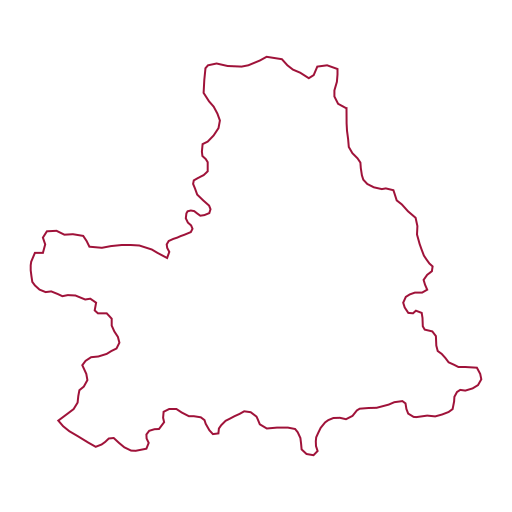 Zel'va, Grodno, Belarus, rotated 180°
{"feature_id": "67162791B91505134452571", "entity_name": "Zel'va", "entity_type": "district", "adm_level": 2, "iso_a3": "BLR", "parent_name": "Belarus", "parent_adm1": "Grodno", "projection": "mercator", "projection_center": [24.857, 53.119], "detail": "fine", "context": "isolated", "style": "outline", "palette": "rose", "viewbox_px": 512, "rotation_deg": 180, "n_neighbors": 0, "source": "geoboundaries", "source_scale": "gbopen_adm2", "svg_char_len": 3450}
<svg xmlns="http://www.w3.org/2000/svg" viewBox="0 0 512 512"><g transform="rotate(180 256 256)"><path d="M416.3,65.2L410.4,67.5L406.9,70.0L403.2,73.5L398.3,74.0L393.0,69.1L387.7,64.7L380.9,61.4L376.3,61.2L365.6,63.3L363.3,69.1L365.4,73.5L365.6,77.5L362.8,81.2L357.5,82.8L353.0,83.0L347.9,89.8L348.9,94.2L348.4,100.2L342.8,103.0L335.6,103.0L330.3,99.5L323.1,95.8L318.2,95.8L311.2,94.7L307.5,91.9L306.3,88.2L302.6,81.7L299.1,77.9L293.6,78.6L293.1,83.5L290.8,86.8L286.4,91.2L282.2,93.3L277.5,95.8L272.4,98.1L267.8,100.7L261.3,99.8L255.5,95.4L254.3,92.8L252.2,87.7L245.2,83.5L235.0,84.4L224.1,84.4L216.9,83.0L214.3,79.8L211.6,74.0L210.9,68.2L210.4,62.6L205.5,58.0L198.5,56.8L194.4,61.0L196.0,65.9L196.2,70.7L195.8,74.7L193.7,79.3L191.3,84.2L186.9,89.6L183.7,91.9L178.6,94.0L172.1,94.2L166.0,92.8L159.5,96.1L155.1,101.6L152.3,103.3L143.5,104.0L135.4,104.2L129.3,105.8L123.3,107.4L117.7,109.8L109.6,110.9L106.5,108.6L105.6,103.0L103.8,98.4L98.4,95.1L95.8,94.9L95.6,94.9L84.8,96.4L76.8,95.6L69.9,97.5L63.4,100.0L59.4,102.9L57.9,110.5L57.6,115.2L55.0,120.0L51.8,122.1L46.7,121.4L39.4,123.6L34.0,126.9L30.7,132.7L31.8,138.1L35.1,144.3L46.7,145.0L53.6,145.0L57.9,147.2L63.4,149.7L66.7,154.1L70.3,158.1L74.3,161.0L75.7,166.4L76.1,175.9L79.7,180.6L84.4,181.7L87.3,182.4L89.2,185.7L89.5,194.0L90.3,199.1L96.1,201.3L99.0,198.7L103.7,199.1L107.3,204.5L108.8,209.3L106.2,215.1L102.2,217.6L97.1,219.4L89.9,219.4L84.8,222.3L87.0,227.4L88.4,232.1L84.8,237.2L80.1,240.8L79.4,245.6L82.6,248.5L85.5,252.5L88.1,256.4L90.6,263.0L92.4,268.1L95.0,277.5L94.6,285.9L96.4,294.2L104.0,300.7L110.2,307.6L115.3,311.6L117.5,318.5L118.6,321.8L126.2,323.6L130.2,322.9L138.2,324.7L144.7,328.0L148.7,332.3L150.1,336.7L151.2,343.9L151.6,349.4L154.5,353.7L159.6,358.8L163.2,365.0L163.9,373.0L165.0,381.3L165.4,388.6L165.5,403.9L166.0,403.9L173.9,408.2L177.6,415.5L177.6,421.6L175.1,430.2L174.5,437.5L174.5,443.0L184.9,446.7L194.7,445.4L198.3,436.9L203.2,433.8L211.8,439.3L219.1,442.4L224.6,446.7L230.1,452.8L245.4,455.2L252.1,451.5L263.7,446.7L270.4,445.4L284.4,446.0L295.4,448.5L304.0,446.7L306.6,443.7L306.6,443.0L307.7,432.1L308.4,419.1L303.0,410.7L298.3,405.3L294.6,398.4L292.1,391.5L293.5,383.9L298.4,376.5L304.3,370.4L309.4,367.9L310.1,360.4L309.6,356.0L306.3,353.0L304.3,349.8L304.3,340.7L308.2,337.0L314.0,334.0L318.2,331.6L318.9,328.1L317.0,323.5L314.8,317.4L312.3,315.0L308.8,311.6L302.9,306.4L301.5,302.8L302.7,298.9L307.6,296.9L311.7,296.3L314.9,298.6L317.8,300.9L321.2,301.5L324.4,300.7L325.6,298.6L326.2,293.7L324.1,289.4L320.9,286.6L319.5,283.2L321.2,279.9L327.7,277.2L331.4,275.9L334.7,274.4L338.7,273.1L343.3,271.0L345.3,267.6L344.8,264.1L342.7,260.1L344.9,254.0L354.5,259.1L360.2,262.5L372.7,266.5L381.2,267.0L390.3,267.0L401.1,265.9L410.1,264.2L422.6,265.3L425.4,271.0L428.8,276.1L439.1,277.8L447.6,277.3L455.5,281.2L465.1,280.7L469.1,274.4L466.8,267.6L469.1,259.1L477.1,259.1L480.8,250.3L481.3,246.8L481.3,241.7L480.6,236.1L479.7,230.1L477.1,226.6L472.5,222.4L466.4,219.9L460.8,220.6L454.3,218.0L449.6,215.8L444.2,216.9L436.6,216.5L426.8,212.5L421.7,213.3L415.9,209.3L417.3,201.6L414.1,198.7L405.3,198.7L400.3,193.3L400.3,186.4L397.7,180.6L394.1,175.1L392.6,169.3L395.5,163.5L400.6,161.0L405.3,158.1L413.7,155.5L420.9,154.8L426.4,151.2L429.7,146.8L425.7,138.1L424.6,131.9L428.2,125.4L432.6,121.8L433.7,116.0L434.4,109.4L438.4,102.9L444.2,98.5L453.7,91.4L448.9,85.8L442.7,80.8L434.0,75.7L423.9,69.5L416.3,65.2Z" fill="none" stroke="#9f1239" stroke-width="2"/></g></svg>